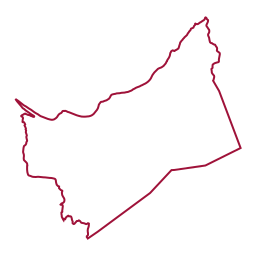 Balfate, Colón, Honduras
{"feature_id": "27666195B79832367470433", "entity_name": "Balfate", "entity_type": "district", "adm_level": 2, "iso_a3": "HND", "parent_name": "Honduras", "parent_adm1": "Colón", "projection": "equal_earth", "projection_center": [-86.341, 15.768], "detail": "fine", "context": "isolated", "style": "outline", "palette": "rose", "viewbox_px": 256, "rotation_deg": 0, "n_neighbors": 0, "source": "geoboundaries", "source_scale": "gbopen_adm2", "svg_char_len": 5559}
<svg xmlns="http://www.w3.org/2000/svg" viewBox="0 0 256 256"><path d="M87.8,238.5L97.6,231.8L150.1,193.0L171.5,170.1L174.0,170.0L205.4,165.5L240.6,148.0L219.1,91.0L213.1,80.7L213.5,80.0L214.2,77.1L214.2,76.4L214.0,75.6L213.1,74.6L212.2,73.4L211.9,72.8L211.8,72.4L211.7,70.9L211.4,69.1L211.6,68.7L212.3,68.2L212.5,67.8L212.6,67.2L212.5,66.4L212.6,65.3L212.7,64.7L213.3,64.1L214.5,63.3L215.6,62.9L216.9,62.5L217.7,62.3L218.5,62.1L218.9,61.5L218.9,60.8L218.9,59.2L219.8,54.5L219.8,53.6L219.7,53.2L219.5,52.8L217.2,51.1L217.0,50.8L216.9,50.6L216.9,50.3L217.1,48.9L217.1,48.4L217.0,47.9L216.8,47.4L215.9,46.2L215.2,44.9L215.0,44.7L214.0,44.5L212.4,43.6L212.0,43.2L211.4,43.1L210.8,42.9L210.2,42.4L210.0,42.1L209.9,41.8L209.5,40.2L209.1,37.8L208.8,37.0L208.2,35.7L208.1,35.0L208.1,34.5L208.2,34.1L208.8,33.1L209.2,32.2L209.3,31.0L209.2,30.3L209.1,29.8L208.2,28.6L207.5,27.4L206.7,26.4L206.5,25.9L206.4,25.5L206.4,25.1L206.6,24.6L207.8,22.0L208.1,20.8L208.0,20.4L208.0,20.1L207.8,19.9L207.4,19.6L207.0,19.3L206.8,18.9L206.6,18.3L206.2,17.8L206.0,17.6L205.6,17.5L205.5,17.8L205.1,17.9L205.0,18.1L204.7,19.2L203.8,20.2L203.2,20.6L202.8,20.7L201.6,21.6L200.2,22.5L199.6,22.7L198.9,23.4L198.2,23.9L197.6,24.0L197.1,24.2L195.9,23.9L195.4,23.6L195.2,23.7L195.1,23.9L195.2,24.6L195.1,24.9L194.1,25.9L193.4,27.6L192.9,27.9L191.6,28.4L191.0,28.7L190.3,30.4L189.3,31.3L188.6,32.5L187.8,33.4L187.2,34.7L186.9,35.1L186.3,35.7L184.4,37.4L184.1,37.9L183.1,38.9L182.5,39.8L181.5,40.8L180.8,41.9L180.4,42.2L180.2,42.6L179.8,44.3L179.4,45.3L179.0,46.9L178.5,48.2L178.4,48.5L178.1,48.7L176.9,49.5L176.5,49.8L175.2,50.3L174.6,51.0L173.9,50.9L172.9,50.4L172.6,50.4L172.2,50.6L171.1,51.4L171.0,51.7L170.8,52.3L170.4,52.8L170.1,54.1L169.8,55.7L169.4,56.7L168.8,57.9L167.5,59.8L167.1,60.6L167.0,61.2L166.6,61.5L166.1,62.7L165.4,63.8L164.4,64.9L163.7,65.8L162.3,66.8L161.4,67.4L159.5,68.1L158.6,68.5L157.9,68.9L156.3,70.5L154.3,72.5L152.5,75.0L151.8,76.4L150.9,78.3L150.0,79.6L149.2,80.5L148.4,81.3L147.6,82.0L145.9,83.2L145.0,83.7L144.1,84.1L142.0,85.2L140.8,85.7L139.6,86.4L137.1,87.3L135.5,88.0L134.7,88.6L133.1,89.3L132.3,90.0L131.1,90.7L130.2,91.0L128.6,91.7L127.7,92.0L126.2,92.2L124.6,92.6L123.0,92.7L121.4,92.8L119.8,93.2L116.6,93.4L115.5,93.8L114.2,94.0L112.1,94.5L111.2,95.1L110.4,96.4L110.0,97.3L109.0,98.7L107.3,99.8L106.5,100.3L104.3,101.0L103.0,101.6L101.0,101.9L100.6,102.2L99.2,104.1L98.8,104.8L98.7,105.5L98.0,108.0L97.1,109.7L93.7,113.9L92.8,114.6L91.8,115.3L90.7,115.8L89.0,116.3L88.0,116.4L84.9,116.7L81.8,116.6L80.0,116.2L78.1,115.7L76.5,115.2L68.9,112.2L68.0,112.0L65.9,111.0L65.0,110.8L64.5,111.0L63.9,111.0L63.3,110.9L62.6,111.1L62.2,111.7L61.8,112.3L61.5,112.7L61.0,113.1L59.9,113.6L59.2,114.1L58.6,114.7L57.5,116.3L57.1,117.0L56.0,118.1L54.7,119.0L54.0,119.4L52.9,119.7L51.8,119.8L50.0,119.5L47.8,118.9L42.4,116.8L41.0,116.3L39.9,115.7L37.8,114.2L35.7,113.1L33.9,111.9L31.1,109.8L28.9,108.5L26.0,106.5L23.8,105.3L18.4,101.0L15.4,99.0L17.1,101.4L21.2,106.2L22.2,107.5L22.7,108.1L23.2,108.5L24.1,109.0L25.4,110.2L26.5,111.0L29.0,112.7L31.4,114.4L33.6,115.7L34.0,116.0L34.2,116.4L34.1,116.7L33.9,116.9L33.1,116.8L31.7,116.1L31.1,116.0L29.6,115.2L27.7,114.8L26.7,114.3L26.1,114.1L25.7,114.0L25.5,113.7L25.2,113.7L24.4,113.8L23.3,114.6L22.3,115.0L21.3,115.8L21.2,116.0L21.3,116.2L21.4,116.4L22.0,116.7L22.6,117.1L22.8,117.5L23.0,118.0L23.0,118.5L22.8,119.0L22.7,119.8L22.6,121.1L22.5,121.6L22.5,121.9L22.7,122.1L23.6,122.1L23.9,122.2L24.5,123.0L25.1,124.2L25.2,124.4L25.1,124.6L24.6,125.2L24.5,125.4L24.7,125.8L25.4,127.2L25.9,128.6L25.9,128.8L25.6,129.3L25.6,129.5L26.1,130.4L25.9,131.6L25.8,132.2L26.8,135.3L26.8,135.7L26.4,136.5L26.4,137.0L26.4,137.6L26.6,138.3L26.7,138.9L27.1,140.4L27.1,140.9L26.4,142.2L26.3,142.7L26.2,143.7L25.7,144.6L25.4,145.0L24.2,145.9L24.0,146.1L23.9,146.4L23.5,148.1L23.1,151.8L23.2,152.6L23.7,154.1L23.9,155.0L23.9,155.6L23.9,156.4L23.7,158.2L23.8,159.1L23.9,159.9L24.1,160.2L24.5,160.6L26.4,162.5L26.9,163.2L27.1,163.6L27.3,165.2L27.2,165.2L27.1,166.1L27.1,169.5L27.2,170.7L27.4,172.3L27.9,174.1L28.1,174.7L28.5,175.2L28.9,175.5L30.6,176.0L32.0,176.6L32.8,176.8L33.7,176.9L35.8,177.0L37.6,176.8L38.6,176.8L43.3,177.3L45.2,177.4L49.5,177.9L51.4,178.0L52.9,178.3L54.2,178.6L54.7,178.8L55.2,179.1L55.6,179.7L55.8,180.3L55.9,181.2L56.1,182.6L56.5,184.0L56.7,184.7L57.9,186.0L59.1,186.5L59.1,188.1L59.1,188.3L59.3,188.5L60.8,190.0L62.1,190.6L62.3,190.8L62.3,191.2L62.0,192.0L61.9,192.4L61.9,193.0L62.2,195.0L62.9,196.4L64.0,198.2L64.4,199.2L64.4,200.8L64.2,201.5L63.9,202.1L62.7,203.1L61.7,203.4L61.4,203.6L60.9,204.2L60.6,204.6L60.9,204.8L62.2,204.8L62.6,205.2L62.7,205.7L62.8,206.1L62.7,207.1L62.5,208.7L62.3,210.2L62.2,210.7L62.2,211.0L62.3,211.4L62.3,211.8L62.1,212.1L61.5,212.4L61.4,212.6L61.4,212.9L61.5,214.4L61.7,215.2L61.8,216.8L62.5,218.2L63.0,219.2L63.4,219.9L63.6,220.2L63.9,219.1L64.1,218.8L64.5,218.9L64.8,219.1L64.9,219.3L65.1,219.3L65.2,219.2L65.7,218.0L66.2,217.2L67.7,216.0L68.0,215.8L68.3,215.7L68.5,215.8L68.6,216.2L68.8,216.3L70.4,216.3L70.9,216.5L71.2,216.8L71.5,217.6L71.8,218.6L71.8,219.0L72.0,219.9L72.6,221.4L72.7,221.8L72.6,222.2L72.6,223.2L73.1,223.7L73.6,223.9L73.7,224.0L74.2,223.9L74.6,223.6L74.9,223.2L75.8,222.2L76.7,221.1L77.0,221.0L78.0,221.0L78.9,220.4L79.3,220.6L80.1,221.2L81.0,222.4L81.3,222.7L81.6,222.8L84.2,223.3L86.1,224.1L86.9,223.9L88.0,223.2L88.7,223.5L88.9,223.6L88.9,223.8L88.8,225.9L88.4,227.5L87.9,228.8L87.7,230.5L87.8,232.2L88.0,232.9L88.0,233.6L88.0,234.8L87.9,235.2L87.0,236.1L86.8,236.3L86.8,236.6L86.8,237.1L87.1,237.4L87.8,238.5Z" fill="none" stroke="#9f1239" stroke-width="2"/></svg>